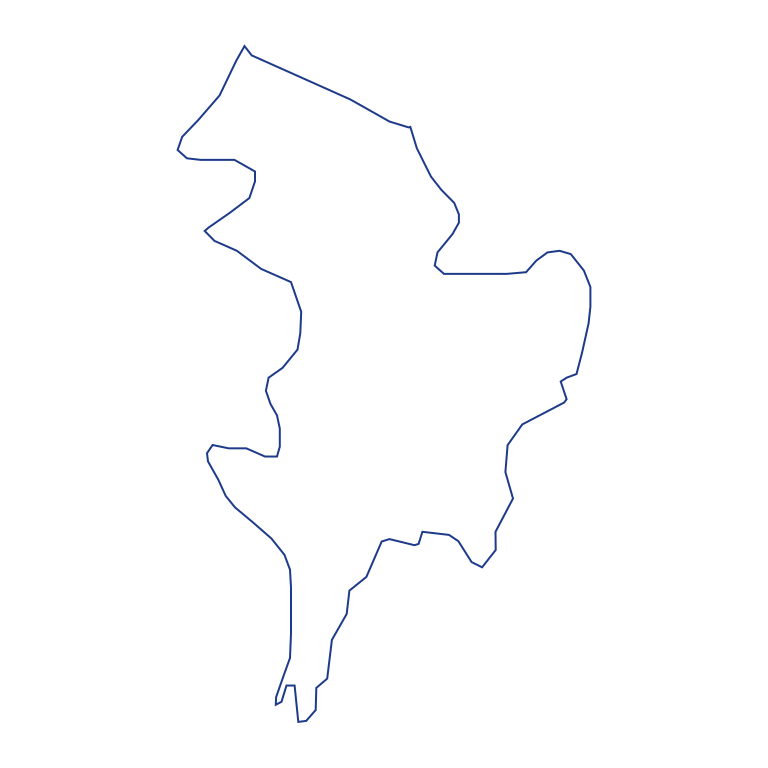 outline of East Ayrshire
{"feature_id": "GBR-2001", "entity_name": "East Ayrshire", "entity_type": "Unitary District", "adm_level": 1, "iso_a3": "GBR", "parent_name": "United Kingdom", "parent_adm1": "", "projection": "mercator", "projection_center": [-4.337, 55.451], "detail": "fine", "context": "isolated", "style": "outline", "palette": "blue", "viewbox_px": 768, "rotation_deg": 0, "n_neighbors": 0, "source": "natural_earth", "source_scale": "10m", "svg_char_len": 1466}
<svg xmlns="http://www.w3.org/2000/svg" viewBox="0 0 768 768"><path d="M264.9,456.5L277.0,456.5L279.8,446.7L279.8,428.6L277.0,415.4L270.5,404.0L265.9,390.8L268.6,377.7L282.6,367.8L297.5,349.6L300.3,333.2L301.2,311.8L291.0,282.1L261.1,268.9L236.9,250.8L214.5,240.9L204.7,231.0L208.4,227.7L229.8,212.8L249.4,198.0L255.0,181.4L255.0,171.5L234.5,159.9L219.6,159.9L200.9,159.9L186.9,158.3L177.6,150.0L182.2,136.8L198.1,120.2L219.6,95.4L236.3,60.6L244.5,46.1L251.7,55.4L350.4,99.5L389.6,121.6L408.6,127.4L410.3,126.9L416.9,148.4L430.9,176.5L441.2,189.7L454.2,202.9L458.9,214.4L458.9,222.7L452.4,234.2L437.5,252.4L434.7,265.6L444.0,273.9L456.1,273.9L472.0,273.9L506.5,273.9L526.1,272.2L536.3,260.6L547.5,252.4L559.6,250.8L570.8,254.1L583.9,270.6L590.4,287.0L590.4,306.8L588.6,323.3L582.0,352.9L576.5,374.0L566.8,377.6L560.7,381.5L566.6,399.2L564.2,402.5L522.3,424.4L507.6,445.1L505.4,472.1L513.0,498.5L495.5,531.8L495.7,550.0L482.1,567.3L471.6,562.1L458.4,541.2L449.0,534.9L422.4,531.8L418.6,543.9L414.5,545.2L389.5,539.1L381.7,541.5L366.4,576.9L349.4,590.6L346.7,613.9L331.9,639.9L327.2,678.6L316.3,687.9L315.7,710.0L306.2,720.9L298.3,721.9L294.6,685.5L286.5,685.5L281.5,701.8L275.8,704.7L276.1,697.2L283.5,676.0L290.0,658.0L291.0,633.5L291.0,613.9L291.0,587.7L290.0,569.7L284.5,554.9L271.4,538.5L252.7,522.2L235.0,507.4L225.7,495.9L218.2,479.5L208.0,461.4L207.0,453.2L212.6,445.0L228.5,448.3L246.2,448.3L264.9,456.5Z" fill="none" stroke="#1e3a8a" stroke-width="2"/></svg>